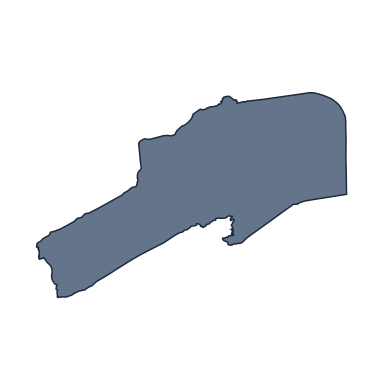 outline of Kota Padangsidimpuan, Sumatera Utara, Indonesia, rotated 84°
{"feature_id": "22746128B81378642761445", "entity_name": "Kota Padangsidimpuan", "entity_type": "district", "adm_level": 2, "iso_a3": "IDN", "parent_name": "Indonesia", "parent_adm1": "Sumatera Utara", "projection": "equal_earth", "projection_center": [99.293, 1.387], "detail": "fine", "context": "isolated", "style": "filled", "palette": "slate", "viewbox_px": 384, "rotation_deg": 84, "n_neighbors": 0, "source": "geoboundaries", "source_scale": "gbopen_adm2", "svg_char_len": 5950}
<svg xmlns="http://www.w3.org/2000/svg" viewBox="0 0 384 384"><g transform="rotate(84 192 192)"><path d="M141.9,32.2L137.2,31.7L132.5,31.8L126.6,33.8L121.9,36.0L118.4,38.7L114.1,43.2L111.1,48.5L109.0,52.8L106.3,59.7L105.5,64.5L105.9,72.8L107.3,111.2L107.4,119.3L107.4,122.5L107.3,128.0L108.0,129.3L107.9,130.0L107.9,130.5L107.7,131.0L107.9,131.3L107.5,132.7L107.9,133.4L108.0,133.7L108.1,135.0L108.4,137.4L108.1,138.0L107.7,137.9L107.4,138.1L107.1,137.7L106.7,138.3L106.4,138.3L106.2,138.0L105.7,138.0L104.9,138.6L104.8,139.2L105.1,139.5L105.2,139.9L105.1,140.4L104.5,141.0L103.1,142.4L102.7,142.7L102.0,143.5L100.6,145.4L100.6,148.3L100.9,149.3L100.9,149.8L101.0,150.3L101.3,150.8L101.6,150.6L102.1,150.7L102.4,151.2L102.4,151.9L103.6,152.0L104.2,152.6L104.5,152.5L104.9,152.8L104.9,153.6L105.2,154.0L105.9,153.1L106.2,153.2L106.6,153.8L107.1,154.0L107.3,154.3L107.3,154.6L107.4,155.0L107.6,155.1L107.6,155.5L107.3,156.0L107.4,156.5L107.6,156.7L108.0,157.0L108.4,157.5L108.8,157.8L109.0,159.0L109.3,162.4L109.2,164.9L110.0,167.9L111.1,170.3L111.5,172.8L110.7,174.1L110.7,174.8L110.7,175.6L112.1,178.1L114.7,182.7L115.7,183.2L117.2,183.9L119.1,185.0L122.1,188.1L124.8,192.5L125.3,194.8L126.6,196.9L127.0,197.4L129.4,200.5L129.7,200.7L131.3,201.9L133.2,203.1L134.0,207.2L133.2,210.0L133.1,214.9L135.2,228.3L135.2,228.5L134.9,230.6L134.2,233.6L134.8,235.7L136.0,238.2L136.4,238.5L136.5,238.7L136.9,239.2L138.1,240.0L158.4,240.1L163.1,239.9L164.7,241.1L165.8,242.7L167.3,243.7L169.1,244.5L171.2,244.7L172.3,244.9L173.0,244.8L174.2,244.6L174.8,244.6L176.7,245.5L177.3,245.6L178.6,245.9L179.2,246.2L180.9,247.3L181.1,250.7L182.0,252.6L182.6,253.4L183.7,255.0L184.5,256.5L185.8,259.5L186.3,260.3L186.9,260.9L187.9,262.2L198.8,287.9L202.0,296.2L202.2,296.4L202.3,296.9L202.3,297.3L202.3,297.8L202.2,299.7L202.5,300.4L202.8,301.0L203.0,301.5L205.6,304.1L205.9,306.7L206.4,309.1L209.1,312.4L214.5,325.4L214.7,325.7L216.8,333.5L217.1,336.2L217.1,336.4L217.2,336.7L217.6,336.9L217.9,337.4L218.2,337.6L219.9,338.3L222.7,344.9L223.1,345.5L224.1,346.5L224.5,346.8L225.3,347.9L225.7,348.9L226.0,349.9L226.7,351.1L227.2,351.5L228.3,351.8L228.6,351.5L228.9,351.6L229.1,351.9L229.6,352.1L229.9,352.3L230.1,352.0L230.7,352.0L230.7,351.5L230.7,351.0L230.8,350.7L231.2,350.5L231.5,350.4L231.7,350.7L232.0,350.6L232.1,351.0L232.9,350.9L233.3,350.7L234.2,350.5L234.2,350.1L234.5,350.0L234.9,350.0L235.2,350.0L235.3,350.2L237.7,350.5L238.0,350.6L239.6,350.6L239.6,350.9L240.0,350.9L240.0,351.1L240.4,351.1L240.9,351.1L241.0,351.3L241.3,351.2L241.5,351.2L241.6,351.3L242.0,351.2L242.9,350.7L242.7,350.3L242.8,350.0L242.7,349.8L242.5,348.7L242.3,348.0L242.0,347.0L241.9,346.8L241.8,346.3L242.5,346.3L242.7,346.2L242.8,346.0L242.8,345.7L243.2,345.4L244.3,344.8L244.6,344.7L245.7,344.1L246.2,343.8L246.8,343.4L247.3,343.0L247.9,342.5L248.2,342.2L249.0,341.6L249.5,341.2L249.9,340.8L250.4,340.5L251.4,340.0L252.9,339.7L254.1,339.5L254.5,339.4L255.5,339.4L256.1,339.4L258.6,339.9L259.0,339.9L260.7,340.4L261.1,340.5L263.2,340.4L263.8,340.3L264.4,340.2L265.0,340.1L266.3,339.5L267.3,339.0L267.7,338.8L269.2,338.1L269.5,337.1L270.1,336.1L271.1,336.1L271.3,336.5L271.5,336.8L271.9,336.9L272.2,336.8L273.8,337.1L274.4,337.4L275.5,336.0L277.1,336.6L278.2,336.7L282.0,336.7L282.2,336.9L282.6,336.7L282.6,335.8L282.9,335.5L282.7,335.0L282.9,334.6L282.7,334.1L282.7,333.3L282.8,332.7L283.0,330.1L283.1,329.4L283.4,328.6L282.7,325.7L282.3,323.7L282.1,322.6L280.5,319.7L279.4,316.8L278.7,314.6L278.3,310.5L278.2,308.9L277.8,308.1L277.5,307.9L275.8,304.6L274.9,301.6L273.2,299.1L271.7,297.3L270.7,295.5L267.0,287.4L264.9,282.9L262.1,277.5L257.6,268.3L254.2,261.4L252.3,257.3L248.4,248.4L247.7,246.6L246.1,242.5L241.8,231.3L239.8,226.0L233.2,213.3L231.1,208.5L230.9,206.1L230.5,205.0L229.2,203.4L229.0,202.6L229.0,200.5L228.2,199.7L227.8,198.8L227.2,197.7L226.5,197.2L226.4,197.1L225.9,195.6L225.9,192.9L225.3,190.9L224.3,190.5L224.0,190.6L224.0,190.4L224.0,190.2L224.3,189.0L224.6,188.7L225.0,188.0L225.4,187.5L225.8,187.3L226.0,187.1L226.6,187.1L227.1,186.8L227.2,186.5L227.1,186.0L227.7,185.0L228.1,185.2L228.3,184.7L228.2,184.4L228.2,184.0L227.9,183.5L227.8,183.0L227.4,182.8L226.9,181.5L226.5,181.1L225.9,181.0L225.5,178.7L225.3,177.9L224.9,177.5L224.3,176.9L223.9,176.4L223.7,176.2L223.5,175.2L222.9,174.4L222.6,173.9L222.5,172.7L222.5,171.7L222.2,171.3L221.9,171.2L221.6,171.4L221.3,171.2L220.7,170.9L220.6,170.7L220.8,167.9L221.1,166.5L221.4,164.5L221.4,162.0L221.1,160.7L219.7,158.5L219.8,156.8L220.1,156.5L220.3,154.8L220.5,154.3L221.1,154.5L221.3,155.0L222.1,156.1L222.7,156.6L223.2,156.8L223.9,156.7L224.2,156.5L224.5,156.4L224.4,156.0L223.5,154.1L223.4,153.7L223.5,153.4L223.8,153.1L224.3,153.2L225.2,153.6L226.5,154.7L226.9,154.7L228.2,155.5L228.5,156.0L229.0,156.3L229.6,156.2L230.0,156.0L230.4,155.7L231.6,155.5L232.2,155.6L232.3,155.2L232.8,155.1L233.2,155.1L233.4,155.4L233.3,156.5L233.3,157.0L234.1,156.3L234.8,155.3L234.9,155.0L235.2,154.9L235.6,155.2L235.9,155.6L236.0,156.3L236.4,156.2L236.6,155.6L237.0,155.2L237.3,155.2L237.4,155.7L237.1,156.5L237.1,156.9L237.9,157.1L238.5,157.0L238.7,156.5L238.8,155.8L239.0,155.4L239.3,155.2L239.5,155.6L239.4,156.9L239.4,158.2L239.5,160.1L239.7,160.3L240.3,160.5L240.6,160.7L240.7,161.2L240.6,161.5L240.4,161.8L240.4,162.0L240.5,162.1L240.8,162.9L240.9,163.3L241.2,163.5L241.2,163.8L241.1,164.0L241.1,164.6L241.3,164.9L241.2,165.2L241.4,165.4L241.3,165.9L241.4,166.1L241.1,166.2L241.3,166.5L241.9,166.5L243.6,165.6L245.4,162.0L248.1,161.6L248.9,159.7L249.0,158.8L248.7,157.1L248.5,156.8L248.1,156.3L248.0,156.1L247.9,155.6L248.2,154.9L248.2,154.2L248.2,153.4L248.1,153.2L248.0,152.4L248.0,151.0L248.1,150.6L248.0,149.1L247.5,147.4L243.6,142.5L241.0,138.2L234.2,126.2L229.2,117.4L222.2,105.4L214.9,92.5L215.1,88.2L214.1,86.7L212.8,81.2L212.2,72.1L211.8,63.9L211.0,49.1L210.8,45.2L210.4,38.5L203.2,37.9L188.0,36.5L172.6,35.3L172.6,35.2L163.0,34.1L156.7,33.4L141.9,32.2Z" fill="#64748b" stroke="#1e293b" stroke-width="1.5"/></g></svg>